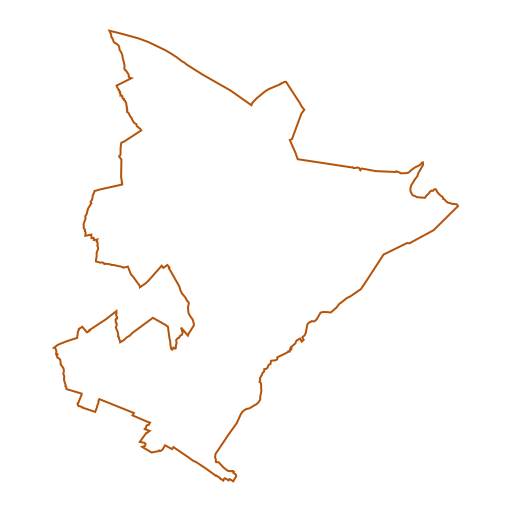 Acajete, Puebla, Mexico (orthographic projection)
{"feature_id": "50627088B33584621576624", "entity_name": "Acajete", "entity_type": "district", "adm_level": 2, "iso_a3": "MEX", "parent_name": "Mexico", "parent_adm1": "Puebla", "projection": "orthographic", "projection_center": [-97.961, 19.1], "detail": "fine", "context": "isolated", "style": "outline", "palette": "amber", "viewbox_px": 512, "rotation_deg": 0, "n_neighbors": 0, "source": "geoboundaries", "source_scale": "gbopen_adm2", "svg_char_len": 5968}
<svg xmlns="http://www.w3.org/2000/svg" viewBox="0 0 512 512"><path d="M223.3,480.6L223.6,480.1L223.4,479.4L224.9,478.2L228.6,480.4L229.3,479.1L229.7,479.1L233.2,481.3L236.2,476.2L236.1,475.5L235.8,474.6L233.3,472.8L233.9,471.8L233.3,471.2L232.4,471.0L230.7,471.2L229.1,471.1L227.5,470.6L223.3,467.3L218.6,462.2L216.2,462.2L215.9,462.0L215.8,459.2L215.2,457.9L215.1,456.9L215.5,454.0L228.6,434.5L236.7,423.2L240.9,414.0L242.3,412.0L243.5,410.8L246.3,409.0L249.0,408.5L250.6,407.7L254.7,405.1L255.9,404.6L258.1,402.8L259.7,400.5L260.3,399.4L260.1,397.6L261.4,390.7L261.2,389.3L261.3,388.2L261.0,387.1L261.3,385.4L260.8,383.9L260.8,382.9L259.5,381.8L260.2,380.4L259.9,378.3L262.1,374.4L262.5,373.0L264.1,371.4L264.3,369.1L265.8,369.0L267.4,367.9L268.6,364.9L270.5,364.0L271.0,360.8L272.3,360.5L273.6,360.6L274.9,360.4L276.6,359.8L277.1,359.3L277.5,358.1L277.3,357.3L286.1,353.1L288.3,351.8L288.4,351.3L289.7,351.5L289.8,350.3L291.3,349.5L291.4,349.0L290.3,348.5L290.9,347.3L291.4,347.7L291.9,346.5L292.7,345.7L295.4,343.4L295.9,341.8L296.6,340.5L300.1,338.6L301.7,341.6L303.7,339.8L302.3,337.4L304.7,335.2L305.7,333.1L307.3,324.8L308.0,323.5L310.0,322.0L310.6,322.0L311.8,321.1L314.0,321.4L314.9,321.1L316.8,319.1L320.6,312.6L323.3,312.0L326.8,312.1L330.8,312.5L336.5,307.5L339.0,304.2L344.5,300.0L346.5,298.2L350.3,296.4L360.9,289.1L367.0,280.0L383.5,254.6L407.1,243.0L409.4,243.3L433.6,230.2L458.0,206.1L457.1,204.6L456.4,204.2L451.7,203.8L449.6,202.9L448.2,202.8L446.4,201.6L444.2,199.2L443.1,198.8L443.0,197.6L442.6,196.9L440.6,195.6L438.5,193.5L437.2,191.9L435.9,189.3L434.2,189.3L433.0,190.8L431.2,190.7L429.9,191.8L428.6,193.7L426.5,195.5L424.9,197.8L417.0,197.2L415.2,196.2L412.6,195.2L410.6,191.7L410.4,188.5L411.2,185.4L415.6,178.3L417.1,176.7L418.4,173.0L423.1,164.8L422.9,162.4L422.1,162.6L419.8,165.1L414.8,167.5L410.8,170.5L408.6,172.6L405.7,173.2L401.4,173.3L400.8,173.3L399.4,172.4L396.2,171.3L395.7,172.0L375.8,171.1L361.6,168.5L360.3,170.2L359.1,168.1L357.8,167.5L353.7,168.2L352.6,167.3L352.4,167.5L297.7,159.2L295.5,152.9L289.8,140.0L292.0,139.1L301.4,113.6L304.3,109.8L301.6,106.4L299.8,103.0L286.0,81.8L284.8,81.8L282.4,82.9L280.6,83.7L280.6,84.1L268.6,89.2L265.2,91.3L257.0,98.0L254.6,100.4L252.5,102.6L251.4,105.2L230.5,90.5L202.2,74.4L186.3,64.3L184.8,62.9L182.1,61.4L177.0,57.5L172.7,54.6L165.7,50.4L148.5,42.1L138.5,38.4L122.2,33.9L109.4,30.7L111.2,34.7L111.4,37.3L112.3,38.0L113.7,41.7L114.5,42.6L116.9,44.1L118.4,45.3L119.3,47.4L119.5,49.7L121.1,52.2L122.3,54.9L122.7,57.9L124.1,63.2L124.5,65.3L124.3,68.7L124.9,69.4L125.2,70.3L125.9,70.5L128.6,74.5L128.8,77.1L129.5,77.6L131.4,78.2L116.6,85.6L117.2,87.4L118.1,88.9L118.9,89.7L118.7,90.4L120.0,91.6L119.8,93.2L120.6,93.7L120.4,95.7L121.8,95.7L122.4,96.3L122.4,97.8L122.8,98.5L124.0,98.9L123.9,99.9L125.1,100.7L125.4,101.8L126.2,102.8L126.3,104.9L126.7,105.6L126.6,107.1L127.0,107.8L126.8,109.1L127.3,109.4L127.0,111.9L128.2,112.6L128.8,113.4L129.9,115.9L131.6,118.0L132.4,120.1L133.8,122.4L134.2,122.9L136.3,124.1L136.8,126.1L139.7,128.5L140.2,128.7L141.2,130.4L124.4,141.4L121.3,142.8L120.6,147.6L120.5,154.7L119.1,156.5L121.4,159.6L121.1,177.6L122.0,182.0L121.7,182.4L122.3,183.7L122.2,184.5L99.4,189.6L94.4,191.1L94.4,191.7L93.7,193.6L92.8,195.3L92.2,199.4L91.0,201.1L90.6,202.3L91.4,203.2L87.9,208.8L87.9,209.9L87.2,211.1L87.2,212.1L86.5,214.4L85.2,216.2L85.6,217.8L85.4,219.0L83.5,224.3L83.9,226.0L83.6,227.1L83.7,227.7L84.1,228.7L85.0,229.5L84.9,231.3L85.6,232.2L85.3,235.8L91.3,234.6L91.5,238.1L93.6,237.9L93.9,239.4L93.8,240.0L97.2,239.5L96.8,240.1L96.6,241.2L97.3,241.5L97.1,242.1L97.8,243.7L97.3,245.4L97.6,245.9L97.6,246.5L98.1,247.3L98.1,249.2L96.7,252.3L96.6,256.6L95.9,260.6L96.0,261.5L100.5,262.7L102.5,262.4L104.1,263.3L104.3,264.0L106.6,263.8L108.9,264.1L111.1,264.6L111.6,265.0L113.0,264.9L122.2,266.9L123.2,267.3L123.4,267.7L127.9,266.6L130.9,274.3L133.4,277.1L139.4,285.4L140.0,286.5L140.0,287.2L145.0,283.8L148.1,281.1L161.7,265.7L163.3,267.9L167.4,265.0L169.4,267.5L168.9,268.1L179.3,286.4L180.8,291.2L181.9,293.4L184.7,296.7L185.9,298.3L186.6,300.0L188.8,302.7L188.6,304.8L188.0,307.0L188.3,311.5L188.7,313.4L189.8,315.6L192.7,319.6L193.7,323.1L193.9,325.3L188.7,333.6L187.9,335.6L181.1,327.6L182.5,332.3L182.4,333.6L182.1,334.4L181.9,334.8L180.2,335.7L178.9,337.9L177.9,338.1L176.2,340.0L176.1,340.6L176.6,343.1L176.0,345.1L175.8,348.1L175.5,348.5L174.7,348.5L173.9,347.6L173.3,347.6L173.0,348.7L172.1,349.7L171.7,349.5L171.1,348.5L170.6,346.0L170.1,341.1L169.4,337.8L167.9,326.6L164.9,324.6L152.9,317.8L132.0,333.2L130.0,335.5L127.0,337.2L123.7,340.2L120.2,342.3L119.8,340.2L119.4,339.7L118.9,338.3L119.1,337.5L117.9,336.3L118.3,335.1L117.7,331.9L115.8,327.5L116.8,325.1L116.5,324.1L116.7,323.3L115.8,322.4L115.6,319.6L115.9,319.0L116.3,318.7L116.8,318.8L117.2,318.3L117.2,317.4L116.6,316.4L116.0,314.6L116.4,313.9L116.4,311.1L105.9,319.3L89.3,330.2L89.6,330.7L87.0,332.4L82.3,326.8L78.9,328.9L79.1,329.4L78.0,331.3L77.1,337.9L67.4,341.0L59.0,344.3L57.0,345.4L54.0,347.7L55.2,347.9L56.4,351.1L56.1,353.8L56.8,353.7L57.5,354.1L57.6,354.5L56.7,355.6L56.8,356.1L57.2,356.6L57.4,357.5L57.8,357.5L58.2,358.2L59.0,358.5L60.1,359.5L60.6,362.1L60.6,364.3L63.4,368.1L63.9,370.7L63.3,374.4L64.2,375.8L64.2,377.6L64.0,378.7L64.1,379.9L64.6,382.1L65.6,384.8L65.4,386.3L66.2,386.7L66.5,389.1L81.6,393.6L81.7,394.4L78.2,403.1L77.8,403.1L77.5,404.2L78.6,406.1L79.7,406.2L82.4,407.2L82.4,407.6L95.2,411.9L96.9,407.5L97.5,404.9L98.2,403.7L98.6,402.0L98.4,401.0L99.3,399.1L133.9,413.0L132.5,415.4L147.9,422.0L150.0,422.6L148.6,425.0L148.1,425.2L147.3,425.1L146.3,425.8L146.0,427.9L145.5,428.6L143.9,428.8L149.6,430.9L147.2,432.8L146.3,432.9L139.8,441.9L144.0,442.7L145.5,443.7L145.4,445.0L145.0,445.9L142.1,446.9L151.7,452.5L158.3,451.2L159.0,450.5L160.0,451.0L161.2,450.6L162.6,449.4L165.1,445.3L172.0,449.1L173.4,447.1L188.1,457.1L193.0,460.7L196.2,462.1L206.4,468.9L215.9,475.8L216.2,475.5L219.8,477.8L219.8,478.3L223.3,480.6Z" fill="none" stroke="#b45309" stroke-width="2"/></svg>